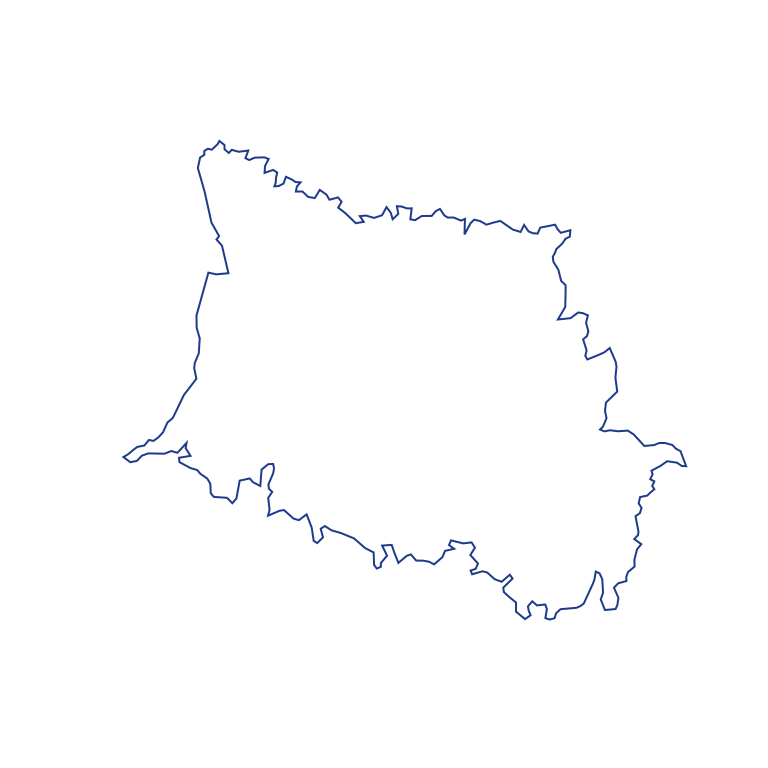 Jari, Rio Grande do Sul, Brazil, rotated 255°
{"feature_id": "56859067B68969944095338", "entity_name": "Jari", "entity_type": "district", "adm_level": 2, "iso_a3": "BRA", "parent_name": "Brazil", "parent_adm1": "Rio Grande do Sul", "projection": "robinson", "projection_center": [-54.306, -29.276], "detail": "fine", "context": "isolated", "style": "outline", "palette": "blue", "viewbox_px": 768, "rotation_deg": 255, "n_neighbors": 0, "source": "geoboundaries", "source_scale": "gbopen_adm2", "svg_char_len": 3946}
<svg xmlns="http://www.w3.org/2000/svg" viewBox="0 0 768 768"><g transform="rotate(255 384 384)"><path d="M226.4,654.6L242.4,653.0L246.1,649.1L250.4,646.8L254.3,640.1L255.8,634.5L255.1,629.0L256.8,619.4L270.7,612.1L275.9,607.4L277.8,597.8L280.8,590.4L281.2,584.7L284.1,580.9L286.2,584.5L293.4,590.1L300.8,590.5L308.6,593.6L316.3,607.3L330.4,609.2L340.6,613.1L345.6,613.5L360.3,611.4L357.5,604.8L356.3,596.9L355.1,586.8L359.1,585.7L364.0,588.4L375.6,587.9L377.8,592.5L381.9,595.0L390.8,595.0L397.5,598.7L400.9,594.5L402.8,590.1L400.9,585.2L399.3,581.3L401.3,568.7L411.5,579.0L427.2,583.6L432.5,585.0L437.7,581.8L449.0,582.0L458.1,579.3L463.1,579.9L466.6,583.2L469.7,585.4L473.6,592.7L477.3,596.8L478.2,601.6L484.3,603.8L484.3,593.9L488.4,591.8L493.6,590.5L494.6,575.4L489.5,571.3L491.2,566.7L494.0,563.1L501.4,560.5L495.5,555.3L499.8,548.4L511.4,538.6L511.6,531.8L511.4,524.2L516.5,519.0L519.4,513.7L516.9,509.2L507.6,500.5L518.5,503.7L522.5,505.0L521.9,500.7L526.8,494.3L528.3,488.6L531.2,485.9L538.6,483.4L537.6,478.8L534.0,473.6L536.5,464.0L534.2,456.4L536.3,452.1L546.5,456.2L547.6,451.8L551.0,446.6L552.4,442.5L544.6,441.8L540.9,435.0L547.6,434.9L554.2,432.2L547.5,425.8L547.0,417.5L551.4,410.1L552.4,404.1L545.9,406.4L546.6,398.4L552.4,394.9L559.0,390.9L566.2,385.4L571.0,390.2L576.1,387.9L576.1,379.0L581.9,377.4L588.1,372.2L581.5,365.3L584.4,359.1L591.0,355.1L592.7,348.7L597.2,350.9L600.4,355.5L602.0,350.7L605.2,348.1L609.5,342.9L603.6,338.8L602.5,333.6L603.3,329.3L606.4,331.5L610.8,332.9L615.9,335.6L619.5,332.2L618.8,323.3L625.2,325.4L631.2,330.8L633.9,327.1L636.1,317.6L635.2,311.8L638.0,308.6L644.6,313.3L645.9,303.8L649.6,297.5L647.3,293.9L652.0,290.7L656.1,291.8L661.3,287.9L658.6,285.2L654.9,278.3L656.8,274.8L655.7,270.8L651.8,269.7L650.4,265.0L640.8,260.1L615.9,260.5L584.6,259.1L569.5,263.0L567.0,259.6L559.6,263.3L531.3,262.4L533.3,250.5L537.0,243.2L498.7,220.6L486.7,217.6L475.7,217.8L461.5,213.0L453.3,206.7L448.6,204.8L437.6,204.1L425.2,187.9L405.9,171.3L402.8,164.8L394.5,158.0L391.0,152.5L388.7,146.6L390.8,142.5L386.6,136.6L387.1,129.5L385.5,125.4L382.3,118.5L380.9,113.4L374.1,118.7L373.7,125.5L377.4,131.5L378.0,138.2L373.5,153.9L374.3,161.2L371.0,166.7L378.2,178.0L373.4,175.8L364.7,178.5L365.8,166.9L361.5,166.2L352.8,175.4L349.3,181.2L344.8,183.4L338.4,188.8L332.6,190.4L323.3,188.4L319.0,190.4L314.7,202.9L308.1,206.7L311.6,211.8L328.0,219.6L327.5,229.9L323.1,232.0L317.5,238.1L333.0,243.6L336.5,251.3L335.5,256.2L331.1,256.0L326.5,253.9L317.0,246.4L312.6,245.7L308.7,248.1L304.0,242.7L292.1,240.9L286.8,237.9L288.6,250.3L288.1,254.8L277.5,261.7L274.5,266.5L278.1,275.5L264.1,277.0L250.7,275.5L247.6,278.3L251.7,285.4L260.6,285.4L262.1,290.1L256.2,295.5L251.2,303.8L242.6,315.1L230.4,323.3L224.0,330.4L211.9,327.6L207.6,329.2L208.2,333.6L211.9,334.7L217.4,342.5L228.4,340.4L226.6,349.8L218.7,350.3L207.5,351.6L212.1,361.4L212.5,365.8L205.1,369.4L203.2,376.1L200.7,381.5L196.8,385.7L201.7,395.7L207.0,399.8L206.7,409.1L211.6,405.1L215.6,408.3L209.6,419.1L208.3,427.6L202.3,429.5L196.5,423.1L186.3,428.3L181.7,424.7L181.4,419.4L177.4,419.9L177.6,430.8L175.2,434.9L166.8,440.4L162.5,446.4L167.2,456.2L162.8,457.8L156.4,446.5L152.0,445.9L145.6,450.0L138.8,455.0L130.0,452.6L120.4,459.4L122.7,465.8L127.6,465.1L132.0,465.5L135.7,471.0L130.5,474.5L129.3,482.7L124.5,483.1L116.1,479.3L113.6,483.1L113.6,488.1L118.0,490.9L120.8,496.2L118.0,512.1L118.7,516.3L120.2,520.1L137.3,534.3L140.6,536.6L148.0,540.0L145.3,543.2L139.0,544.3L125.8,541.6L119.8,537.6L108.5,538.9L106.7,549.4L109.9,552.1L116.8,555.1L127.8,553.4L130.9,558.7L130.9,567.1L135.0,568.1L139.2,571.0L142.8,578.8L149.5,580.4L158.8,585.6L162.7,591.1L169.5,585.6L172.2,590.2L175.5,591.6L191.2,592.7L193.0,597.7L197.6,600.7L202.7,599.1L208.5,602.1L208.1,609.4L210.3,613.3L212.4,617.9L216.1,616.7L220.0,619.9L223.1,616.5L227.3,620.1L231.0,619.9L233.3,629.7L236.1,637.5L232.2,646.6L227.7,650.5L226.4,654.6Z" fill="none" stroke="#1e3a8a" stroke-width="2"/></g></svg>